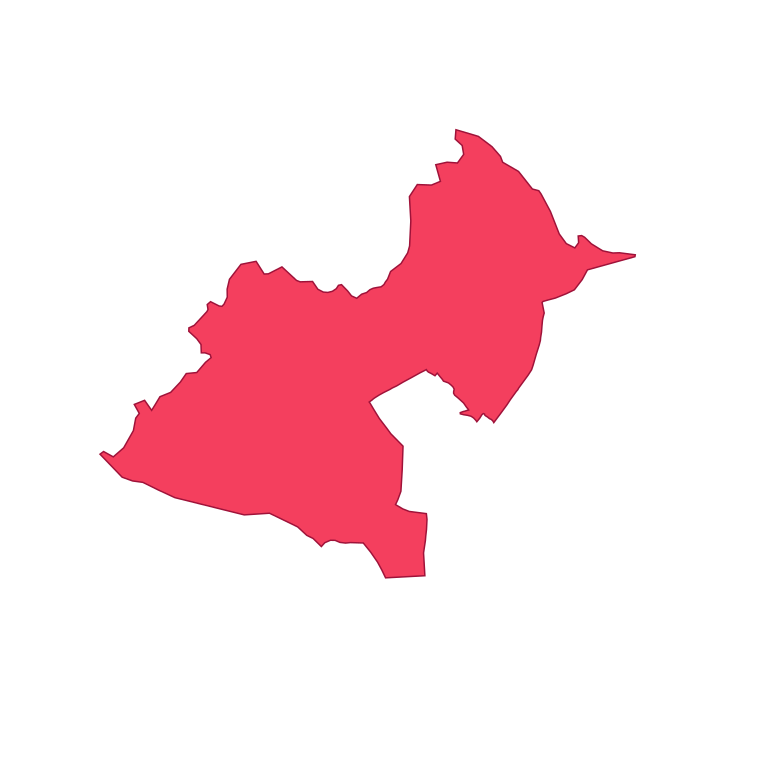 the district of Sokoto North, Sokoto, Nigeria, rotated 331°
{"feature_id": "59680162B91492845849591", "entity_name": "Sokoto North", "entity_type": "district", "adm_level": 2, "iso_a3": "NGA", "parent_name": "Nigeria", "parent_adm1": "Sokoto", "projection": "robinson", "projection_center": [5.234, 13.066], "detail": "fine", "context": "isolated", "style": "filled", "palette": "rose", "viewbox_px": 768, "rotation_deg": 331, "n_neighbors": 0, "source": "geoboundaries", "source_scale": "gbopen_adm2", "svg_char_len": 3087}
<svg xmlns="http://www.w3.org/2000/svg" viewBox="0 0 768 768"><g transform="rotate(331 384 384)"><path d="M473.3,275.7L468.3,280.8L457.3,286.9L444.3,288.8L438.0,294.0L434.6,295.5L432.2,297.0L428.6,297.6L424.4,296.1L421.0,295.0L417.4,294.7L413.0,295.6L411.7,295.3L408.0,294.6L401.7,295.8L398.3,291.2L397.3,285.0L395.0,276.5L392.0,275.6L390.2,276.6L388.5,277.5L383.8,277.9L379.3,276.7L375.5,274.2L372.1,269.1L371.2,259.7L360.2,254.0L357.7,251.0L351.5,232.1L336.3,231.6L332.5,229.7L331.6,214.7L316.9,210.0L299.6,217.5L292.8,225.0L289.0,232.1L282.8,236.6L279.9,237.5L277.6,235.8L272.2,227.9L267.9,228.8L266.2,233.5L264.3,234.8L249.8,239.6L246.5,240.7L240.6,240.3L238.8,243.3L242.2,253.6L243.1,260.7L239.3,268.2L242.6,270.0L246.2,274.0L245.6,277.1L238.4,278.5L225.8,283.2L216.1,279.0L206.8,283.6L193.3,287.9L181.9,286.5L173.9,291.1L168.0,294.4L166.7,282.2L155.7,280.8L155.7,291.1L150.3,293.5L142.2,303.3L125.4,313.6L111.9,316.5L106.0,307.1L101.6,307.7L109.8,338.6L117.1,346.9L125.4,353.1L135.1,367.1L146.0,382.0L198.3,430.7L221.2,441.5L239.2,467.1L243.1,479.0L247.1,484.7L250.4,495.8L255.3,494.1L261.4,494.7L265.4,497.0L268.7,501.2L273.3,504.5L277.7,506.4L288.8,513.0L290.8,524.5L292.0,536.6L291.9,545.8L291.4,554.3L326.8,571.5L336.7,550.9L344.3,541.0L346.9,537.1L350.6,531.9L356.0,523.2L358.2,517.9L344.3,507.7L339.9,502.4L335.6,495.1L340.0,491.9L346.8,486.0L358.3,467.9L370.5,447.6L365.8,430.7L365.1,425.0L363.2,412.0L362.7,401.1L362.5,394.0L362.3,392.6L365.8,392.2L367.5,391.8L369.2,391.6L374.5,391.3L379.7,391.3L386.3,391.6L389.5,391.5L394.1,391.8L401.6,391.6L410.8,391.7L421.2,391.7L426.2,391.9L428.0,391.9L428.1,393.6L428.6,395.1L430.5,397.9L431.9,400.3L432.6,401.5L435.8,400.3L437.3,408.5L437.4,410.3L440.9,414.3L442.1,417.3L442.9,419.9L442.9,422.5L441.3,424.3L440.4,425.8L440.4,428.0L441.9,431.8L443.1,435.3L444.4,439.2L444.9,444.1L445.4,446.9L445.4,447.8L443.5,447.3L441.7,447.0L440.0,446.5L436.8,446.0L436.3,447.1L438.8,449.5L441.9,451.9L444.5,454.4L445.9,457.1L446.6,459.9L446.8,460.9L446.9,462.0L451.0,460.4L454.8,458.3L455.7,458.1L456.5,458.0L456.9,458.6L457.1,458.9L457.3,459.0L457.2,459.2L457.2,459.4L457.1,460.2L457.3,460.8L457.7,461.6L458.2,462.4L458.6,463.2L458.9,464.0L459.3,465.0L459.7,465.8L460.1,466.3L460.6,466.9L461.1,468.4L461.3,469.4L461.3,470.2L461.3,471.0L472.0,466.2L481.5,461.8L487.0,458.9L496.2,454.6L498.2,453.9L499.9,452.8L503.6,451.1L514.4,446.1L520.0,443.1L523.5,439.9L531.5,431.9L538.6,425.2L541.9,421.7L543.6,419.2L546.9,415.0L550.5,409.5L553.6,405.0L555.9,402.3L558.5,399.6L561.8,389.3L563.2,388.9L568.4,390.1L575.5,391.9L587.2,393.4L596.2,393.9L607.9,388.8L617.3,382.8L665.2,394.3L666.4,392.8L653.6,383.4L647.7,380.4L639.8,373.5L633.3,361.9L630.6,352.9L628.8,350.0L625.6,348.7L622.7,354.8L616.9,357.5L611.5,349.6L610.0,337.7L613.2,313.8L613.5,293.9L613.1,290.0L608.3,285.4L604.7,263.3L595.3,247.6L596.2,241.4L593.5,228.8L586.6,213.2L570.2,196.5L565.0,204.3L568.0,213.3L565.0,221.8L555.4,226.3L546.7,220.6L535.6,217.3L531.6,234.1L521.9,233.0L509.8,225.7L497.1,232.4L486.5,254.4L473.3,275.7Z" fill="#f43f5e" stroke="#9f1239" stroke-width="1.5"/></g></svg>